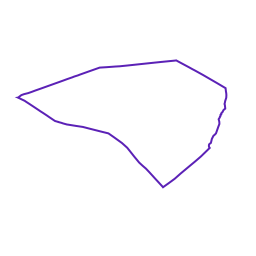 Santa Inés de Zaragoza, Oaxaca, Mexico, rotated 80°
{"feature_id": "50627088B20347327584307", "entity_name": "Santa Inés de Zaragoza", "entity_type": "district", "adm_level": 2, "iso_a3": "MEX", "parent_name": "Mexico", "parent_adm1": "Oaxaca", "projection": "equal_earth", "projection_center": [-97.141, 17.265], "detail": "fine", "context": "isolated", "style": "outline", "palette": "violet", "viewbox_px": 256, "rotation_deg": 80, "n_neighbors": 0, "source": "geoboundaries", "source_scale": "gbopen_adm2", "svg_char_len": 1646}
<svg xmlns="http://www.w3.org/2000/svg" viewBox="0 0 256 256"><g transform="rotate(80 128 128)"><path d="M63.6,145.4L63.7,146.0L65.6,157.4L67.1,166.3L67.5,168.2L68.0,172.1L68.4,173.9L69.3,179.5L69.9,182.8L70.7,187.4L71.7,193.3L72.8,199.7L74.1,207.3L75.0,212.8L75.7,216.5L76.3,220.2L76.6,224.4L77.1,227.3L78.6,230.2L78.9,230.7L78.9,230.8L79.0,230.9L79.0,231.0L83.4,224.9L84.4,223.9L87.1,221.0L90.8,217.1L93.0,214.8L95.1,212.6L95.9,211.8L97.3,210.3L98.0,209.5L101.7,205.6L103.3,204.0L105.9,201.3L108.4,198.7L109.3,196.9L109.9,195.6L110.0,195.6L111.4,192.6L112.2,191.2L113.0,189.5L114.0,187.4L114.2,186.7L117.0,178.6L118.9,172.9L119.1,172.3L122.1,165.7L124.3,160.8L127.4,153.9L129.9,148.2L134.6,143.5L141.7,136.6L147.3,132.2L157.1,126.9L164.0,123.0L167.8,120.1L171.1,117.4L175.2,114.7L182.8,109.9L192.0,104.0L192.4,103.8L189.4,97.5L186.1,90.8L182.1,84.3L175.5,72.8L172.6,67.7L168.8,61.3L161.8,51.0L161.5,51.1L160.7,51.5L160.2,51.5L159.6,51.4L159.0,51.3L158.5,51.1L157.8,50.5L157.2,49.1L156.5,48.7L153.3,47.3L150.5,45.2L149.7,43.8L148.6,42.3L142.4,38.8L139.9,37.3L137.7,37.0L135.1,37.2L134.9,37.0L134.5,36.7L133.5,35.7L132.7,35.5L132.2,34.8L131.1,34.6L130.8,33.8L129.8,33.7L128.8,32.2L128.4,32.1L128.0,31.6L127.2,31.1L126.6,30.4L126.4,29.8L125.9,29.3L125.8,28.9L125.5,28.8L123.3,28.7L122.1,28.6L121.1,28.8L120.4,28.4L119.6,28.1L118.3,27.6L115.3,26.0L112.7,25.4L110.8,25.2L108.9,25.2L105.7,25.0L99.6,32.1L93.2,39.7L88.9,44.8L85.5,49.0L82.6,52.6L81.3,54.3L78.7,57.5L73.2,64.5L69.8,68.8L69.8,69.7L68.7,84.1L68.2,91.1L67.3,104.0L66.3,118.5L65.9,123.8L65.8,125.3L65.3,129.5L64.4,138.4L63.6,145.4Z" fill="none" stroke="#5b21b6" stroke-width="2"/></g></svg>